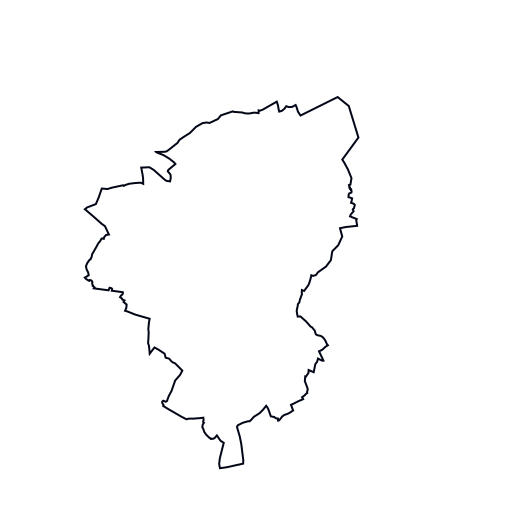 Nnewi North, Anambra, Nigeria, rotated 50°
{"feature_id": "59680162B73952515985037", "entity_name": "Nnewi North", "entity_type": "district", "adm_level": 2, "iso_a3": "NGA", "parent_name": "Nigeria", "parent_adm1": "Anambra", "projection": "albers", "projection_center": [6.91, 6.02], "detail": "fine", "context": "isolated", "style": "outline", "palette": "ink", "viewbox_px": 512, "rotation_deg": 50, "n_neighbors": 0, "source": "geoboundaries", "source_scale": "gbopen_adm2", "svg_char_len": 4567}
<svg xmlns="http://www.w3.org/2000/svg" viewBox="0 0 512 512"><g transform="rotate(50 256 256)"><path d="M151.1,140.9L148.2,156.9L147.0,160.0L146.2,160.4L148.2,162.2L145.5,164.7L144.5,166.0L143.1,168.6L141.8,170.5L139.5,172.8L137.1,174.4L131.2,180.5L130.3,180.8L127.6,187.6L125.7,192.5L126.6,197.1L124.2,206.1L121.9,208.1L119.8,211.7L118.5,219.0L119.3,227.5L118.4,234.1L117.8,239.7L118.9,243.5L118.8,246.8L118.6,254.2L118.4,257.1L117.6,258.8L112.1,265.7L112.4,265.7L119.3,262.0L125.8,259.8L131.5,258.6L133.7,258.6L133.7,267.8L134.4,269.2L137.6,269.1L138.9,269.3L141.4,271.1L143.6,273.9L140.7,276.4L138.1,277.0L131.3,278.0L124.5,279.0L119.5,280.6L114.5,287.1L120.8,290.6L124.1,292.7L128.2,296.0L126.2,296.9L125.2,297.9L122.2,302.0L119.1,306.8L117.6,310.5L117.3,312.2L116.4,312.3L111.0,322.5L109.3,326.6L105.2,330.8L110.0,338.8L113.3,345.3L110.2,354.3L110.3,356.3L110.2,357.0L120.3,355.3L132.3,353.5L136.0,352.5L145.0,354.9L143.5,357.4L144.0,360.3L145.0,361.6L143.5,362.7L143.5,363.3L143.8,364.3L144.2,365.1L145.0,368.9L146.3,372.1L149.3,380.3L150.5,381.9L151.2,382.7L151.5,383.4L151.8,384.0L151.7,384.2L152.2,384.9L152.0,385.4L152.1,386.6L152.1,387.3L152.7,388.2L152.7,389.3L154.5,392.8L157.2,394.3L160.1,395.0L160.8,395.2L163.2,396.5L162.7,400.2L162.5,401.0L164.0,401.0L164.9,400.8L165.9,400.4L167.2,400.1L167.9,399.6L167.5,398.9L168.7,397.9L169.6,397.8L170.9,398.1L171.5,399.0L172.3,399.5L173.2,399.8L174.0,399.8L174.1,400.3L176.3,399.9L176.6,401.0L185.1,393.2L187.5,391.0L186.2,388.6L187.8,387.4L188.8,387.4L189.9,388.8L198.1,381.3L199.2,382.2L199.6,383.2L199.5,384.5L200.1,386.6L202.6,386.0L203.4,386.4L204.2,386.0L205.5,385.3L206.1,387.0L210.0,386.3L212.3,388.6L213.8,391.5L215.4,390.4L223.4,386.1L235.7,377.8L237.8,380.4L242.9,385.6L245.3,387.1L250.1,391.5L253.3,394.6L256.1,395.8L262.5,400.2L260.8,392.6L264.5,391.1L272.1,388.8L275.9,390.6L278.4,388.7L279.3,388.5L282.4,388.5L284.1,388.1L286.1,387.0L296.4,386.1L298.3,390.6L298.7,393.3L299.4,397.9L305.1,407.5L307.1,412.6L309.1,416.2L309.8,417.2L309.7,418.8L307.2,420.1L307.3,421.4L308.3,422.3L310.7,422.6L311.2,423.5L316.9,421.6L322.9,419.4L331.2,416.4L336.4,414.2L337.1,412.5L338.7,410.4L340.2,408.7L344.4,402.8L346.0,400.3L347.9,401.5L348.7,402.8L349.4,403.2L350.3,403.1L350.6,404.4L351.2,405.6L352.2,406.6L352.7,407.2L354.2,407.4L355.7,408.0L357.7,408.8L359.7,408.9L361.2,409.0L365.6,408.5L366.5,407.9L367.1,408.2L368.6,406.1L368.8,404.3L368.3,401.3L373.3,401.8L374.8,401.9L376.7,401.3L378.4,400.8L382.4,406.4L387.7,413.7L391.6,417.9L395.4,420.0L398.9,414.4L406.8,399.3L404.4,397.1L390.5,388.1L383.9,384.5L374.6,380.4L374.0,378.6L375.3,373.2L377.5,368.3L378.5,367.1L378.4,364.9L377.8,360.9L378.4,356.8L378.7,353.8L378.5,351.9L378.3,349.5L377.5,345.6L377.3,344.5L378.5,344.5L380.7,344.9L382.9,345.6L384.4,346.2L386.7,347.1L388.3,347.7L390.3,346.2L391.0,345.5L392.8,345.2L393.7,344.6L394.6,343.7L396.3,344.9L396.7,344.3L396.6,342.9L396.2,340.9L395.8,339.2L395.9,336.8L397.4,332.7L397.8,330.5L398.2,326.9L392.5,324.8L393.4,321.6L393.9,319.3L394.9,315.3L395.6,313.5L395.9,311.8L393.8,311.5L394.0,308.2L393.7,306.2L393.9,304.8L392.8,304.1L391.4,302.1L390.3,301.5L383.2,299.0L380.5,296.3L379.9,295.7L380.5,295.3L380.0,293.6L379.3,291.0L377.2,289.0L380.2,287.5L382.1,286.5L377.0,280.1L376.3,277.2L374.4,274.4L377.5,273.2L379.1,272.3L379.5,271.6L372.7,269.8L371.1,269.4L369.5,269.0L370.4,265.7L370.3,263.2L370.2,261.0L370.6,258.3L369.0,258.3L365.6,257.3L364.3,257.1L362.9,257.0L360.7,257.1L358.8,257.8L356.8,259.4L355.3,260.3L354.1,260.4L350.9,259.0L346.8,258.9L344.9,259.6L338.4,259.7L330.9,260.8L329.2,263.0L326.4,261.5L324.5,260.3L323.1,258.9L321.6,256.8L319.8,254.8L319.4,252.6L318.3,251.2L317.3,250.0L316.9,248.8L316.2,247.9L314.7,245.2L313.4,244.5L311.6,242.7L313.7,241.6L312.0,234.7L310.6,232.0L308.4,228.7L306.3,226.0L308.0,225.0L309.1,222.2L308.3,219.0L309.1,209.2L307.3,201.3L301.4,194.5L300.6,186.1L296.5,177.4L288.7,173.8L291.4,168.8L297.9,159.1L292.9,156.1L292.5,155.1L286.1,158.5L285.1,156.7L284.7,154.3L284.5,152.5L283.7,152.2L282.7,152.1L282.4,151.5L282.3,150.0L281.7,149.4L280.4,147.5L279.1,147.4L276.3,149.0L275.5,147.6L273.6,145.3L270.3,147.3L268.3,145.3L268.0,144.3L268.4,143.2L268.7,142.1L268.2,141.5L267.2,140.8L266.7,141.0L265.9,140.2L265.0,140.9L264.1,140.1L263.8,140.5L261.4,139.2L262.0,137.8L257.7,132.8L248.6,129.9L241.8,128.5L237.6,127.9L231.1,101.4L200.7,88.5L186.7,91.3L177.0,131.6L172.5,131.1L167.9,129.2L165.8,128.6L165.0,132.5L162.8,135.4L160.7,136.5L161.5,139.8L161.4,143.0L160.3,145.4L157.3,143.9L154.9,142.4L151.1,140.9Z" fill="none" stroke="#020617" stroke-width="2"/></g></svg>